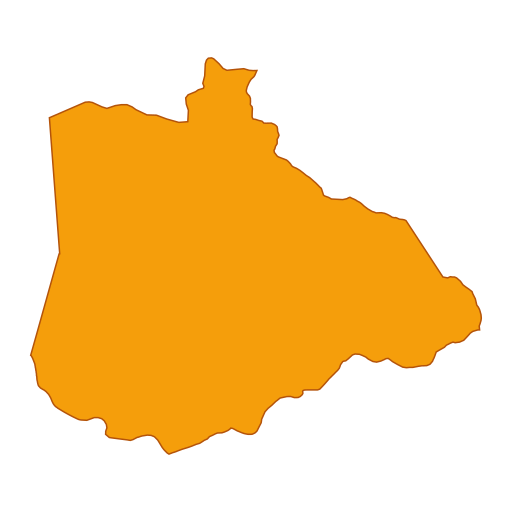 Bordelais, Praslin, Saint Lucia (Albers equal-area conic projection)
{"feature_id": "8701671B2612636818679", "entity_name": "Bordelais", "entity_type": "district", "adm_level": 2, "iso_a3": "LCA", "parent_name": "Saint Lucia", "parent_adm1": "Praslin", "projection": "albers", "projection_center": [-60.899, 13.896], "detail": "fine", "context": "isolated", "style": "filled", "palette": "amber", "viewbox_px": 512, "rotation_deg": 0, "n_neighbors": 0, "source": "geoboundaries", "source_scale": "gbopen_adm2", "svg_char_len": 5933}
<svg xmlns="http://www.w3.org/2000/svg" viewBox="0 0 512 512"><path d="M49.4,117.7L59.7,253.8L59.1,253.9L37.9,329.7L30.7,355.3L30.9,355.4L31.1,355.6L31.3,355.8L32.1,357.3L32.5,358.0L32.6,358.3L32.8,358.7L32.9,359.0L33.5,360.5L34.0,361.8L34.4,362.8L34.7,363.7L35.0,364.8L35.0,365.3L35.1,365.7L35.2,366.1L35.3,367.2L35.6,368.2L35.6,368.8L35.8,369.5L35.8,370.0L36.0,370.9L36.1,371.3L36.1,371.6L36.2,372.2L36.2,372.6L36.4,373.3L36.4,373.7L36.5,374.9L36.5,375.7L36.7,376.2L36.8,376.9L36.9,378.6L36.9,379.0L37.0,379.5L37.0,379.8L37.1,380.4L37.2,380.6L37.4,381.6L37.5,382.3L37.7,383.2L37.9,384.0L38.2,385.1L38.6,385.9L40.5,388.0L41.8,388.8L42.8,389.4L43.2,389.6L44.1,390.1L44.8,390.6L45.3,391.0L45.5,391.2L45.9,391.4L46.1,391.6L46.5,392.1L46.8,392.4L47.1,392.7L47.6,393.3L48.5,394.2L49.0,395.0L49.6,396.0L50.0,396.7L50.5,397.6L51.0,398.6L51.4,399.7L51.8,400.6L51.9,400.9L52.2,401.6L52.9,403.0L53.2,403.6L53.4,403.9L53.8,404.5L54.0,404.8L55.0,406.0L56.0,406.9L57.0,407.5L57.3,407.8L57.8,408.2L59.3,409.1L62.1,410.8L64.6,412.3L66.4,413.3L67.3,413.8L70.1,415.3L72.2,416.4L73.6,417.1L75.9,418.2L76.1,418.3L76.5,418.5L77.8,419.1L79.1,419.6L81.1,420.0L81.4,420.0L86.8,420.3L89.6,419.3L94.2,417.6L96.3,417.6L98.2,417.6L101.7,418.7L103.9,420.5L104.2,420.7L105.8,423.5L106.2,424.1L106.4,424.6L106.9,427.9L105.7,431.3L105.7,431.6L105.7,432.7L105.6,434.3L109.3,437.5L111.2,437.8L119.5,438.9L127.4,439.9L130.3,440.4L133.0,439.6L137.2,437.4L138.6,437.1L139.4,436.8L141.2,436.2L142.4,435.9L145.0,435.5L147.4,435.1L151.2,435.4L151.9,435.7L152.3,435.9L153.2,436.2L154.5,436.8L157.7,440.0L157.9,440.3L159.8,443.4L162.2,447.4L163.8,449.5L164.7,450.5L167.2,453.0L169.0,454.1L171.6,453.1L172.3,452.8L174.9,452.0L176.6,451.4L177.2,451.1L182.0,449.3L188.5,447.3L192.1,446.0L194.5,445.0L195.2,444.7L195.4,444.7L195.9,444.4L196.3,444.3L199.7,443.3L203.0,441.2L204.4,440.2L204.8,440.1L206.5,439.3L207.3,439.0L209.5,436.6L211.8,435.6L212.9,435.1L215.2,433.9L216.9,433.2L217.5,433.0L219.8,432.9L222.1,432.8L222.6,432.6L224.2,432.1L224.7,431.9L227.9,430.5L229.6,429.3L230.4,428.6L230.8,428.1L232.9,428.5L235.3,429.8L237.3,430.9L238.1,431.2L239.1,431.6L241.5,432.6L244.0,433.5L245.8,433.9L248.0,434.3L251.2,434.3L252.0,434.2L252.5,434.1L254.0,433.4L255.3,432.7L256.1,431.9L257.0,431.0L257.2,430.6L259.4,426.2L261.1,422.9L261.3,422.0L261.7,419.1L262.4,417.6L264.2,413.5L264.6,412.7L264.9,411.9L265.6,411.1L268.1,408.3L271.9,405.2L275.9,401.3L276.4,401.0L276.6,400.8L276.8,400.7L278.9,399.0L280.2,398.0L283.5,397.3L284.3,397.1L284.9,397.0L286.6,396.6L288.1,396.5L290.8,396.5L292.4,397.0L292.7,397.1L293.4,397.3L294.3,397.6L295.7,397.6L298.1,397.5L299.6,396.8L300.4,396.4L301.1,395.7L302.3,394.6L302.8,393.5L302.9,393.3L302.7,391.7L302.6,391.3L302.9,390.8L303.1,390.5L304.6,390.0L307.7,389.9L312.9,389.9L313.5,389.9L317.5,389.9L318.5,389.6L319.8,389.1L322.3,386.5L324.7,383.9L328.1,380.0L328.5,379.4L329.2,378.7L334.8,373.2L335.1,372.8L337.6,370.4L339.3,368.2L339.9,366.6L340.1,366.1L340.5,364.8L342.1,362.5L342.6,361.7L343.2,361.4L343.6,361.2L345.8,360.8L346.1,360.5L348.3,358.8L349.9,357.3L352.5,354.9L355.1,354.0L359.5,354.3L362.5,355.5L363.5,356.0L365.7,357.0L365.9,357.1L366.3,357.5L366.7,357.8L368.3,359.1L372.9,361.5L376.6,362.1L380.7,361.1L381.2,360.9L384.8,359.3L385.0,359.2L385.4,358.9L385.8,358.7L388.2,358.4L389.2,359.1L390.5,360.0L392.0,361.2L392.5,361.6L395.8,363.5L398.1,364.8L398.6,365.0L399.1,365.3L401.3,366.4L402.6,367.1L405.7,367.6L406.6,367.7L409.5,367.4L409.9,367.4L412.8,367.4L417.9,366.4L418.3,366.3L421.3,365.9L421.6,365.8L422.0,365.8L422.9,365.8L426.8,365.6L429.9,364.3L430.4,363.8L431.0,363.1L432.5,361.3L432.7,360.9L433.1,359.8L433.9,358.2L434.0,358.0L434.9,355.7L436.2,352.0L439.4,350.1L440.3,349.6L443.5,347.8L444.5,347.2L445.7,345.9L446.5,345.1L448.2,344.3L450.1,343.3L450.5,343.1L453.0,342.1L454.7,342.6L455.2,342.7L456.1,342.6L456.5,342.5L459.6,342.1L462.5,340.8L463.7,340.3L464.4,339.6L467.2,336.6L469.1,334.5L470.3,333.1L472.8,331.4L476.1,330.4L477.9,329.9L478.7,329.9L479.6,329.9L479.5,328.8L479.2,326.1L480.1,323.6L481.0,320.5L481.3,318.1L481.0,314.7L480.1,311.4L479.5,309.5L478.3,307.1L476.8,305.2L475.3,298.8L472.7,293.6L472.1,291.7L469.1,289.3L465.5,286.8L462.8,284.7L460.5,281.3L456.6,277.9L454.5,277.0L452.4,277.0L450.3,276.7L447.7,277.9L442.9,277.0L406.0,220.6L404.5,219.9L402.7,219.5L399.5,219.2L397.1,218.1L395.7,217.6L394.3,217.7L392.3,217.3L390.1,215.9L387.3,214.4L384.6,213.3L381.3,212.7L376.1,212.9L373.9,212.0L372.4,211.6L370.3,210.4L367.6,208.8L364.2,206.2L361.4,203.6L359.5,202.2L357.5,201.2L355.7,200.0L354.3,199.3L351.7,198.2L350.1,197.3L349.4,197.4L347.7,198.2L347.1,198.6L346.0,198.9L342.7,199.6L331.4,199.0L330.4,198.4L328.6,197.4L324.5,195.9L323.5,195.1L321.8,189.8L321.2,188.2L319.7,187.0L318.0,185.2L317.8,185.0L315.4,182.6L314.4,181.8L309.8,177.7L306.2,175.4L302.7,172.5L302.4,172.3L299.8,170.3L296.5,168.3L294.3,167.4L292.8,166.7L291.6,165.7L290.5,163.9L288.1,161.3L286.5,160.0L278.4,156.9L277.1,156.0L275.0,153.2L274.4,152.6L274.0,150.2L274.8,149.0L275.5,146.3L277.1,143.8L277.2,142.0L277.1,139.4L278.1,137.6L279.0,135.4L278.7,134.2L277.6,131.3L277.5,128.9L277.1,126.8L276.2,125.8L274.6,124.5L271.3,123.1L266.1,123.2L263.9,123.1L262.0,121.2L258.6,120.4L255.7,119.4L254.5,119.2L253.2,119.1L252.4,117.8L252.1,116.8L252.2,112.0L252.4,108.6L252.0,106.6L250.9,105.5L250.3,104.4L250.5,101.9L250.4,98.4L249.5,96.1L247.2,93.6L246.4,91.9L246.3,90.4L247.1,87.0L249.2,82.3L251.0,79.4L253.8,76.8L254.7,75.5L256.9,70.5L253.1,70.6L249.2,70.3L243.8,68.7L235.9,69.4L226.9,70.3L223.0,68.4L219.1,63.8L213.7,58.8L211.6,57.9L208.3,58.2L206.5,60.1L205.3,63.8L204.7,75.9L202.8,83.3L204.0,86.4L203.4,88.3L198.3,89.8L195.6,91.7L188.1,94.8L185.7,97.9L186.3,104.1L188.4,110.3L187.8,121.7L178.8,122.4L166.7,119.0L156.5,115.2L146.9,114.9L136.0,109.7L132.1,106.9L127.0,104.7L121.3,104.7L115.3,105.6L106.9,108.4L102.0,106.9L92.4,102.5L89.1,101.9L85.2,102.2L49.7,117.6L49.4,117.7Z" fill="#f59e0b" stroke="#b45309" stroke-width="1.5"/></svg>